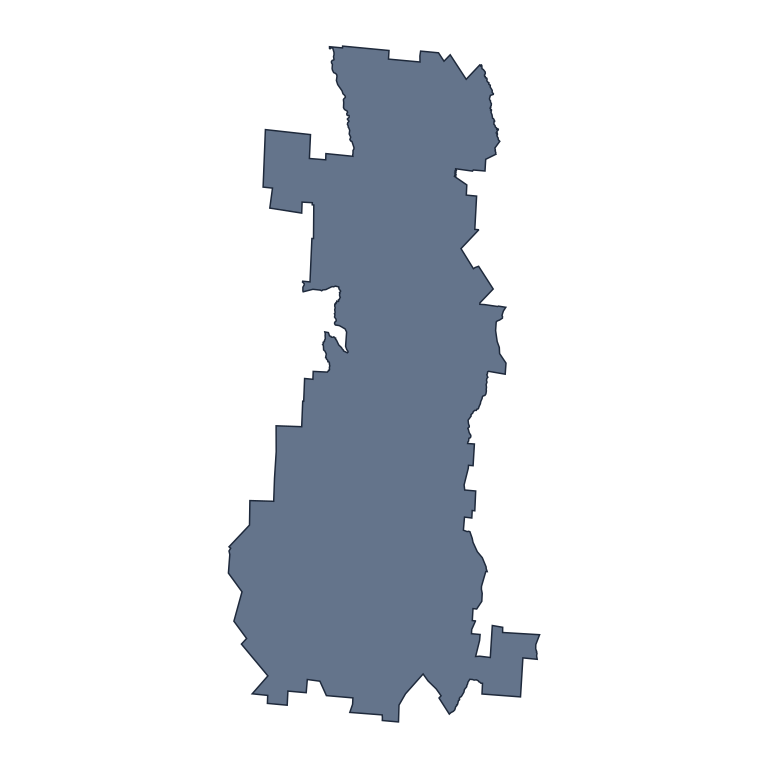 the district of Cloncurry, Queensland, Australia
{"feature_id": "25037944B6261933942264", "entity_name": "Cloncurry", "entity_type": "district", "adm_level": 2, "iso_a3": "AUS", "parent_name": "Australia", "parent_adm1": "Queensland", "projection": "equal_earth", "projection_center": [140.518, -20.699], "detail": "fine", "context": "isolated", "style": "filled", "palette": "slate", "viewbox_px": 768, "rotation_deg": 0, "n_neighbors": 0, "source": "geoboundaries", "source_scale": "gbopen_adm2", "svg_char_len": 6059}
<svg xmlns="http://www.w3.org/2000/svg" viewBox="0 0 768 768"><path d="M520.5,696.9L522.9,657.9L537.2,659.3L536.6,655.9L537.0,653.1L536.4,652.1L536.7,651.6L535.7,648.9L535.8,644.6L539.6,634.7L502.6,632.5L502.7,627.3L492.3,625.5L490.3,657.5L479.7,656.2L475.6,656.5L479.6,640.5L480.1,634.5L471.5,633.7L471.7,629.5L475.4,621.2L475.4,620.9L472.3,620.6L473.0,608.6L476.7,609.0L481.8,601.3L482.2,593.4L481.4,589.2L481.5,586.3L485.8,571.5L487.2,571.6L486.2,568.7L486.1,566.9L482.3,557.7L477.3,551.7L473.0,542.3L472.2,538.3L469.9,531.7L468.6,531.3L467.1,531.6L463.4,530.2L464.5,517.1L471.8,518.0L472.2,510.5L474.8,510.8L475.7,491.0L464.7,490.0L464.1,484.9L468.3,468.2L468.5,465.3L473.1,465.7L474.4,444.0L467.6,443.5L468.0,441.7L468.6,441.1L468.9,438.3L469.9,438.0L470.8,436.9L470.8,435.3L469.2,432.7L468.3,429.2L467.8,428.7L467.9,428.2L469.2,427.0L469.3,426.0L468.5,423.9L468.1,420.2L471.1,416.1L471.0,414.7L472.8,413.0L473.3,411.6L474.7,410.4L476.3,410.4L476.8,409.3L478.4,408.7L479.1,406.5L480.4,403.7L480.7,401.7L482.1,398.5L482.3,397.0L483.0,396.0L484.9,395.4L485.9,393.9L486.4,390.9L486.2,389.5L486.5,387.2L486.1,384.6L487.0,382.1L486.5,380.5L486.8,378.5L487.9,377.2L487.5,376.7L486.8,374.6L487.4,373.9L487.6,371.9L488.5,371.3L505.2,374.2L506.0,363.1L499.6,353.6L499.3,347.4L497.2,341.6L495.6,330.6L496.2,322.0L497.3,320.9L499.5,320.1L502.4,318.2L502.5,316.4L502.0,315.7L502.5,313.7L503.4,311.0L505.8,307.3L498.4,306.1L497.6,306.5L484.7,304.6L479.8,304.3L479.9,302.9L493.2,289.0L478.6,266.3L475.2,267.5L473.4,268.7L461.0,248.6L478.5,230.1L478.4,229.7L474.8,229.4L476.6,196.1L466.3,195.1L466.8,184.9L454.4,176.4L454.7,175.6L455.6,175.8L455.2,174.6L455.7,175.0L456.1,174.8L455.6,174.0L456.0,172.2L455.2,172.1L455.6,171.4L455.0,171.0L455.3,170.5L455.8,170.4L455.7,169.7L456.0,169.8L456.1,170.6L456.4,170.4L455.9,168.8L472.5,171.1L473.3,170.0L485.0,171.0L485.7,159.3L496.0,154.2L495.6,153.4L495.8,152.6L495.1,150.7L495.4,150.2L494.9,148.0L499.8,141.3L498.3,139.7L498.1,137.9L497.3,136.7L496.9,135.3L496.9,134.8L497.4,134.7L497.4,134.0L496.4,133.1L497.2,132.9L496.8,131.6L498.3,129.8L498.3,129.1L497.6,128.8L497.0,129.5L496.7,129.4L496.5,127.9L495.3,127.0L495.0,125.5L493.9,124.2L494.0,121.7L494.6,121.5L494.7,121.0L494.1,120.3L494.1,119.8L493.5,118.7L492.6,118.3L492.0,114.7L491.0,112.3L491.5,110.0L491.2,109.6L490.6,109.9L490.6,108.9L490.0,108.1L490.8,107.3L490.6,106.4L491.2,105.7L491.4,103.7L490.5,102.0L490.5,100.8L489.6,99.7L489.5,98.4L490.4,95.4L493.3,94.4L493.4,93.7L492.2,92.4L492.2,90.3L490.2,87.0L490.3,85.2L488.9,84.4L488.7,83.8L489.0,83.1L488.9,82.7L487.5,81.9L486.8,80.4L487.1,79.2L486.8,78.3L486.5,77.9L485.6,77.9L485.3,77.4L485.3,76.5L484.6,76.3L484.5,74.9L485.3,73.7L485.2,72.0L483.4,69.6L482.0,68.7L481.8,65.5L481.4,64.9L481.1,64.9L481.0,65.8L480.7,66.1L479.7,65.0L466.2,79.3L450.2,54.8L444.0,61.2L438.5,52.8L420.6,51.1L419.9,56.0L420.0,62.0L388.5,59.1L389.0,50.5L342.6,46.1L342.5,47.9L329.5,46.7L329.5,48.4L330.0,48.8L331.9,47.6L332.7,48.0L334.0,52.5L334.0,54.8L333.5,56.7L334.0,59.4L333.8,59.9L332.2,60.4L331.4,61.7L331.5,62.8L332.4,64.4L332.1,68.4L332.4,70.0L333.7,72.6L335.5,73.4L336.6,74.5L337.0,76.1L336.4,80.5L337.7,84.6L342.0,90.8L343.0,93.8L344.6,95.3L345.3,96.5L345.3,97.4L343.8,98.9L343.4,99.7L343.7,102.5L343.5,107.7L344.5,109.5L347.2,111.1L347.6,112.3L346.8,113.5L346.9,114.9L347.6,115.5L348.9,115.4L349.2,115.9L349.1,117.3L347.4,118.9L347.5,119.6L348.6,120.5L348.9,121.4L347.7,122.8L347.4,124.4L348.1,125.6L348.3,127.4L348.9,128.1L349.7,130.4L349.2,134.0L350.7,137.1L349.9,139.5L350.7,141.0L351.5,141.2L352.0,141.7L354.0,147.7L353.9,149.0L353.0,150.5L353.0,153.4L352.7,155.0L352.9,156.3L325.9,153.6L325.7,159.8L309.4,158.5L310.5,134.6L265.4,129.6L263.1,187.1L272.5,188.1L269.8,208.1L301.7,213.1L302.1,202.1L312.3,202.7L312.2,204.8L313.8,205.0L313.5,238.5L311.9,238.5L310.0,281.9L302.7,281.2L302.5,282.1L304.1,283.5L304.2,284.1L304.2,284.9L302.9,287.2L302.9,291.0L303.2,291.8L312.9,289.3L320.3,290.1L321.7,290.8L322.9,289.9L325.8,289.6L332.0,286.6L333.7,286.8L335.4,286.1L338.7,286.9L339.0,288.9L340.6,291.0L340.5,291.6L339.5,292.6L339.9,293.4L339.6,293.9L339.6,295.8L340.3,297.4L339.6,298.4L339.3,299.6L338.4,299.9L338.5,301.4L337.7,301.5L336.8,301.1L336.1,303.3L335.6,303.1L335.2,304.4L334.8,304.3L334.7,306.0L335.2,307.8L334.7,309.7L335.1,312.3L335.0,313.0L334.4,313.7L335.0,314.9L334.5,317.0L336.0,319.2L336.2,320.2L336.2,320.9L335.2,321.7L334.6,322.7L334.6,323.8L335.4,325.0L339.3,325.6L345.1,328.9L346.6,332.0L345.6,346.4L346.8,349.7L347.8,351.0L348.1,352.0L347.3,352.8L343.5,350.9L343.4,350.1L342.1,348.8L341.5,347.6L338.7,344.9L336.4,340.0L335.7,339.5L335.6,338.1L334.9,338.0L334.4,337.2L333.6,336.9L333.1,337.3L331.3,337.2L331.0,336.4L329.5,335.9L328.4,332.6L324.8,331.9L325.3,334.0L325.1,335.1L325.3,338.7L324.4,340.7L324.4,341.6L323.3,342.1L323.1,342.7L323.4,343.5L322.6,344.6L323.1,345.0L323.4,345.9L323.6,349.9L325.0,351.2L326.3,354.0L325.6,357.6L326.2,357.8L326.4,358.9L327.7,360.3L327.9,361.7L328.7,361.7L329.5,363.1L329.3,363.7L329.8,365.9L329.4,367.3L329.5,369.7L329.2,370.3L328.5,370.3L328.3,371.0L327.3,372.1L313.2,371.4L312.9,379.3L304.6,378.5L303.7,401.3L302.7,401.2L301.7,426.7L276.1,425.8L276.2,451.8L274.5,478.4L273.7,501.3L249.9,500.6L249.5,525.1L229.0,546.8L230.7,548.2L229.0,551.0L229.8,554.5L228.4,573.1L242.0,591.8L233.9,621.2L246.6,638.5L241.4,644.1L267.9,675.9L252.2,693.8L267.7,695.4L267.4,703.4L287.2,705.2L287.9,691.1L306.2,692.7L307.3,679.5L319.9,681.2L326.4,695.6L352.9,697.9L352.6,704.3L349.8,712.4L382.2,714.9L382.4,717.7L382.3,720.5L397.9,721.9L398.5,721.9L399.0,705.1L405.5,693.8L423.1,674.0L428.0,680.9L436.2,688.9L441.1,695.8L439.0,698.0L449.3,714.1L450.8,712.7L453.4,711.3L454.8,709.8L455.7,706.7L456.7,705.7L456.7,704.9L457.3,704.8L457.6,704.2L458.5,700.5L459.4,700.0L459.6,699.4L459.3,698.4L459.6,697.9L460.3,697.0L461.3,696.6L463.9,692.2L464.4,689.6L466.7,686.7L466.7,685.8L467.6,683.9L467.9,682.3L469.8,679.3L472.5,679.5L474.1,680.1L476.3,679.8L478.3,680.8L478.8,681.7L479.9,682.2L480.9,683.2L482.5,683.3L482.0,694.0L520.5,696.9Z" fill="#64748b" stroke="#1e293b" stroke-width="1.5"/></svg>